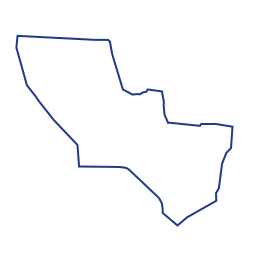 Etung, Cross River, Nigeria, rotated 85°
{"feature_id": "59680162B25131261753844", "entity_name": "Etung", "entity_type": "district", "adm_level": 2, "iso_a3": "NGA", "parent_name": "Nigeria", "parent_adm1": "Cross River", "projection": "albers", "projection_center": [8.782, 5.851], "detail": "fine", "context": "isolated", "style": "outline", "palette": "blue", "viewbox_px": 256, "rotation_deg": 85, "n_neighbors": 0, "source": "geoboundaries", "source_scale": "gbopen_adm2", "svg_char_len": 771}
<svg xmlns="http://www.w3.org/2000/svg" viewBox="0 0 256 256"><g transform="rotate(85 128 128)"><path d="M38.5,140.2L37.4,152.6L26.6,230.0L38.2,232.2L56.6,228.7L76.6,225.0L89.4,216.6L91.5,215.7L113.4,201.4L140.5,179.8L162.1,180.1L166.0,140.7L167.1,135.1L168.0,132.7L169.4,130.8L169.6,130.6L197.3,106.0L199.5,104.0L201.5,102.7L206.2,100.8L212.6,100.5L215.6,100.9L229.4,87.2L222.1,76.9L208.2,46.4L200.6,46.0L195.9,42.7L171.7,37.4L161.4,32.2L156.9,27.1L135.8,23.8L131.6,40.4L130.4,54.8L132.1,56.2L126.5,85.5L126.3,87.7L125.4,87.9L119.0,90.2L116.9,90.5L108.3,90.5L105.2,90.0L95.6,90.9L94.6,90.8L91.3,105.0L93.6,106.7L93.8,110.1L95.5,113.3L95.0,115.6L95.1,120.6L89.2,129.7L56.6,136.6L52.3,137.4L40.3,138.5L38.5,140.2Z" fill="none" stroke="#1e3a8a" stroke-width="2"/></g></svg>